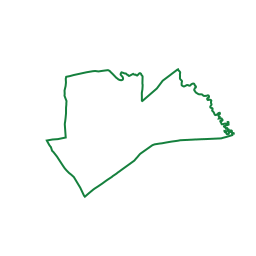 Kong Pisei, Kâmpóng Spœ, Cambodia, rotated 44°
{"feature_id": "14789045B51909303537300", "entity_name": "Kong Pisei", "entity_type": "district", "adm_level": 2, "iso_a3": "KHM", "parent_name": "Cambodia", "parent_adm1": "Kâmpóng Spœ", "projection": "orthographic", "projection_center": [104.699, 11.314], "detail": "fine", "context": "isolated", "style": "outline", "palette": "green", "viewbox_px": 256, "rotation_deg": 44, "n_neighbors": 0, "source": "geoboundaries", "source_scale": "gbopen_adm2", "svg_char_len": 5020}
<svg xmlns="http://www.w3.org/2000/svg" viewBox="0 0 256 256"><g transform="rotate(44 128 128)"><path d="M144.7,207.3L145.2,201.7L145.8,196.4L146.1,194.7L147.0,190.9L148.1,185.7L148.7,182.1L149.2,179.5L149.8,176.9L150.4,174.2L150.4,173.4L151.4,168.8L151.6,167.0L152.0,165.1L152.3,163.2L155.2,147.1L155.0,144.0L155.0,142.9L154.7,138.7L154.8,137.6L155.8,132.3L157.5,123.4L158.5,121.3L160.0,119.3L161.5,117.3L163.0,115.5L165.4,112.1L167.3,109.5L169.0,107.2L170.2,105.7L171.0,104.7L172.8,102.4L174.1,100.5L178.7,95.6L179.3,95.0L180.1,94.1L182.0,92.1L184.2,89.7L185.2,88.7L188.1,85.6L191.0,82.6L191.4,82.2L201.8,71.2L202.4,70.5L202.9,69.5L204.3,67.2L204.8,66.4L207.9,60.8L207.5,60.6L207.3,60.2L207.4,59.6L207.7,59.0L208.0,58.6L207.6,58.3L207.2,58.5L206.8,59.1L206.6,59.3L206.2,59.4L205.8,59.2L205.5,58.9L205.3,58.5L205.0,58.1L204.5,57.9L204.0,58.0L203.7,58.3L203.9,58.7L204.1,59.1L204.3,59.4L204.2,60.0L203.7,60.5L203.5,60.9L203.8,61.5L204.1,61.8L204.5,62.0L204.3,62.8L203.8,63.3L203.4,63.7L203.0,63.7L202.3,63.3L201.4,63.4L200.9,63.5L200.5,63.6L200.0,63.5L199.7,63.4L199.4,63.1L199.8,62.8L200.1,62.6L200.5,62.4L201.0,62.1L201.2,61.8L201.4,61.4L201.5,60.9L201.9,60.4L202.0,59.7L202.0,59.3L201.5,59.2L201.2,59.8L200.5,59.8L200.1,59.4L199.7,59.2L199.3,59.2L199.2,59.7L199.2,60.3L199.0,60.5L198.1,60.1L197.6,59.9L197.2,60.1L196.8,60.2L196.4,60.3L196.0,60.3L195.8,60.0L196.2,59.4L196.7,58.9L196.7,58.3L196.7,57.9L197.0,57.4L197.3,57.0L197.5,56.8L197.7,56.4L198.0,55.7L197.8,55.5L197.3,55.1L197.0,54.8L196.6,54.3L196.1,54.0L195.8,54.1L195.5,54.5L195.8,54.9L196.2,55.4L196.6,55.9L196.5,56.4L196.3,56.7L195.6,57.0L195.1,57.1L194.7,57.4L194.5,57.9L194.2,58.3L193.9,58.8L193.5,59.5L193.2,59.8L193.0,60.1L192.6,60.1L191.8,59.8L191.3,59.5L189.9,59.2L189.6,58.9L189.6,58.4L190.1,58.1L190.5,57.7L190.7,57.3L190.6,56.7L190.2,56.4L189.4,56.3L188.9,56.3L188.6,56.2L188.3,56.5L188.1,56.7L187.3,57.0L187.1,57.2L187.1,57.7L186.7,58.2L186.5,57.8L186.6,57.4L186.5,56.7L186.2,56.2L185.6,56.2L185.1,56.5L184.8,56.4L184.1,56.1L183.9,55.5L183.9,54.9L184.3,54.2L184.2,53.9L183.8,53.5L183.4,53.4L183.1,53.7L182.8,54.3L182.7,54.8L182.8,55.5L182.8,55.9L182.6,56.4L182.5,57.0L182.2,57.7L181.6,58.1L181.0,58.1L180.2,57.8L179.7,57.5L179.3,57.4L178.8,57.2L177.9,57.1L177.5,57.0L176.8,57.1L176.3,56.9L176.0,56.4L175.8,55.8L175.5,55.4L174.9,55.2L174.5,55.5L174.0,55.7L173.6,55.9L173.0,56.0L172.7,55.8L172.3,55.4L172.0,54.1L171.9,53.3L171.7,53.0L171.4,52.8L170.4,52.4L169.8,51.8L169.5,51.5L169.0,50.5L168.4,50.3L167.9,50.4L166.9,51.1L166.6,51.6L166.0,52.4L165.2,52.4L164.9,52.1L164.6,51.9L164.5,51.6L164.5,51.1L164.6,50.8L164.8,50.5L164.9,50.1L164.8,49.7L164.6,49.3L164.2,48.9L163.3,48.7L162.7,49.1L162.3,49.9L162.0,50.5L161.6,50.9L161.3,51.2L161.0,51.6L160.5,52.0L160.1,52.3L159.7,52.4L159.1,52.4L158.6,52.4L158.1,52.4L157.6,52.7L157.3,52.9L156.9,53.3L156.3,53.9L155.7,54.4L155.1,54.7L154.3,54.9L153.7,55.0L152.9,55.2L152.4,55.3L151.3,55.2L151.0,55.1L150.6,55.0L150.1,54.9L149.7,54.9L149.2,54.6L149.0,54.4L148.4,52.9L148.5,52.5L148.6,52.0L148.4,51.3L148.2,51.1L147.8,50.9L147.3,51.1L146.8,51.0L146.5,50.8L145.9,50.7L145.6,50.5L144.9,50.3L144.4,50.4L144.0,50.8L143.7,51.2L143.3,52.2L143.2,52.7L143.2,53.1L143.2,54.1L143.1,54.6L142.5,55.1L141.8,55.3L141.1,55.7L140.7,56.0L140.4,56.5L140.0,57.9L139.8,58.4L139.6,58.9L139.4,59.3L138.7,59.6L138.0,59.8L137.5,59.9L136.9,59.9L136.6,59.7L136.1,59.2L135.8,58.9L135.2,58.2L134.7,57.4L134.5,57.0L133.8,56.6L133.4,56.6L132.9,56.6L132.3,56.6L131.8,56.6L131.0,56.3L130.5,55.8L130.2,55.5L129.8,55.0L129.1,54.3L128.5,53.7L128.2,53.5L127.6,52.7L127.3,52.2L126.8,51.7L126.5,51.6L126.0,51.5L125.7,51.5L125.2,51.4L124.7,51.5L124.2,51.5L123.3,51.0L123.0,51.6L121.8,59.1L121.6,60.6L120.1,69.9L121.3,79.5L120.8,85.2L119.6,98.3L119.5,98.7L119.0,98.7L116.3,95.9L114.9,94.5L113.6,93.2L111.6,90.3L110.0,88.4L108.5,86.7L107.8,86.3L107.0,85.5L102.8,80.9L102.2,80.6L100.8,80.5L100.0,80.1L99.6,80.0L98.8,80.1L98.4,80.4L98.2,80.9L98.2,82.8L98.1,83.9L97.3,84.3L96.4,84.3L95.8,85.0L95.0,85.4L94.1,85.5L92.8,89.5L92.3,90.0L91.6,90.0L91.2,89.9L90.6,90.1L90.1,90.3L89.6,90.3L89.0,90.2L88.4,90.4L87.8,91.0L87.2,91.3L86.4,91.6L85.4,92.1L84.7,92.5L84.8,92.9L84.9,93.7L85.2,94.2L85.6,94.7L86.7,94.9L87.6,94.9L88.6,95.0L89.8,95.6L90.2,96.0L90.6,96.7L90.5,97.4L89.9,98.4L88.7,99.2L87.4,99.7L85.9,99.8L84.8,100.0L79.6,99.8L77.3,99.8L76.2,99.8L75.1,99.7L73.4,100.3L71.3,102.9L69.4,105.3L67.5,107.8L64.8,109.8L63.3,111.5L59.4,116.8L55.8,122.2L52.1,127.7L50.1,131.1L48.6,133.2L48.0,134.1L48.2,134.4L49.0,135.8L51.8,138.4L54.0,141.2L56.3,145.1L58.8,147.5L59.9,148.9L62.8,150.3L65.0,151.3L66.7,153.3L67.4,154.0L69.3,156.4L73.3,160.6L76.1,164.1L78.3,167.0L78.7,167.6L79.1,168.2L80.0,169.3L89.8,178.1L85.3,184.7L81.7,188.7L78.3,193.4L79.5,193.8L81.8,194.5L83.5,195.0L84.7,195.2L85.8,195.3L89.2,197.1L91.1,197.1L96.8,197.9L100.7,198.8L104.6,199.7L107.7,200.4L110.7,201.0L112.2,201.1L112.9,201.2L116.8,201.3L119.7,201.0L123.1,200.9L127.6,202.1L135.1,204.1L142.5,206.9L143.6,207.3L144.3,207.2L144.7,207.3Z" fill="none" stroke="#15803d" stroke-width="2"/></g></svg>